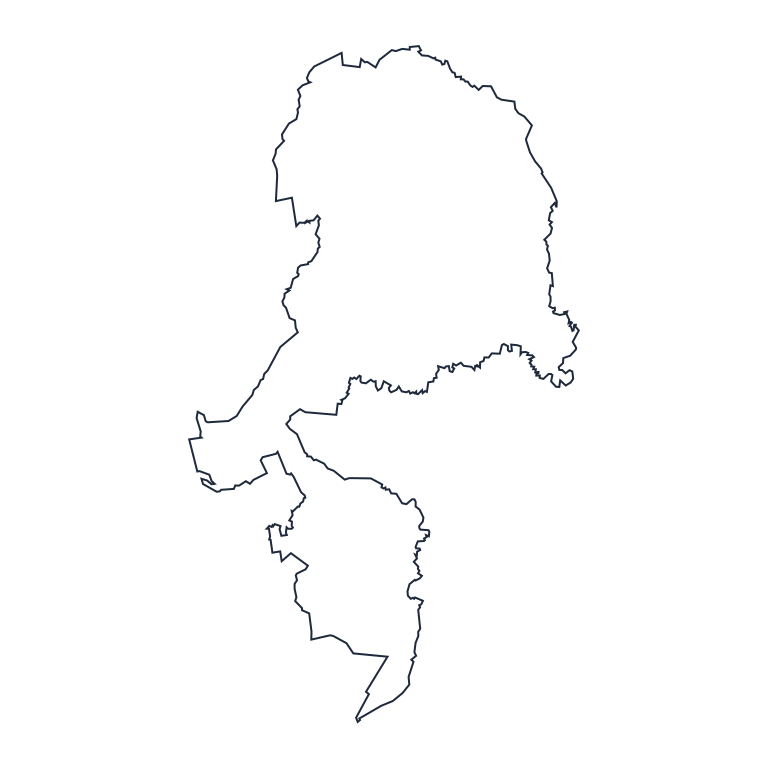 San Martín Chalchicuautla, San Luis Potosí, Mexico (Robinson projection)
{"feature_id": "50627088B19949088040088", "entity_name": "San Martín Chalchicuautla", "entity_type": "district", "adm_level": 2, "iso_a3": "MEX", "parent_name": "Mexico", "parent_adm1": "San Luis Potosí", "projection": "robinson", "projection_center": [-98.615, 21.363], "detail": "fine", "context": "isolated", "style": "outline", "palette": "slate", "viewbox_px": 768, "rotation_deg": 0, "n_neighbors": 0, "source": "geoboundaries", "source_scale": "gbopen_adm2", "svg_char_len": 6075}
<svg xmlns="http://www.w3.org/2000/svg" viewBox="0 0 768 768"><path d="M572.7,341.9L578.8,330.4L575.3,326.5L575.8,324.8L574.2,324.8L573.6,330.2L572.4,330.9L571.0,326.7L569.5,326.0L571.9,322.7L570.9,321.9L568.6,323.2L569.2,319.8L566.4,313.8L567.2,311.5L564.1,312.2L564.5,314.0L559.8,315.0L553.5,313.1L553.0,311.6L555.0,310.4L554.8,307.7L552.5,308.2L549.2,306.2L550.6,301.2L550.5,296.6L549.2,294.3L550.5,285.3L552.9,286.1L551.8,273.1L549.1,272.6L547.1,268.3L549.7,260.6L549.0,253.8L547.0,249.5L547.9,245.8L546.5,244.5L546.3,241.6L544.3,239.8L550.6,233.5L552.0,227.9L549.6,224.6L551.9,222.1L548.8,220.3L550.1,213.2L552.7,210.8L550.9,207.2L554.8,202.9L556.5,207.4L556.8,201.3L551.2,187.9L541.6,173.4L542.6,172.4L541.0,168.5L535.1,161.4L530.0,152.4L526.5,141.7L526.0,139.1L531.9,125.4L524.3,116.5L518.4,113.2L515.3,108.9L514.4,101.6L501.4,99.7L496.9,97.3L491.0,86.3L482.7,86.0L478.7,89.9L474.3,85.7L472.5,86.9L470.4,85.5L467.7,81.6L465.4,81.6L463.5,79.3L460.8,79.3L461.1,76.6L455.7,77.1L454.6,72.8L452.4,72.3L450.1,68.7L447.3,61.3L445.3,60.7L444.4,64.0L442.2,64.6L440.9,61.4L435.6,59.6L435.2,57.7L433.5,58.4L428.2,55.9L421.9,55.4L418.3,51.7L421.0,50.3L418.8,46.1L409.8,47.0L409.7,49.7L402.2,48.9L395.9,51.1L391.8,50.1L379.5,59.8L375.6,67.4L367.3,61.9L364.9,62.3L361.2,59.0L359.7,67.1L342.8,65.0L341.6,52.9L314.2,66.5L309.3,72.3L306.9,78.1L308.4,81.4L310.3,82.3L302.6,85.3L297.9,89.7L300.4,96.0L298.6,99.7L299.7,106.3L297.4,109.3L298.0,112.5L296.4,119.1L288.9,123.6L282.0,134.4L282.5,139.1L284.1,140.8L276.0,149.4L275.6,153.7L272.9,160.4L276.6,169.2L277.2,175.9L275.9,201.1L291.9,197.7L296.3,226.1L299.5,222.6L304.4,222.8L306.0,221.4L305.7,222.6L307.7,221.4L309.4,222.5L309.2,220.9L313.6,220.3L317.4,215.6L320.0,218.7L318.3,220.6L318.9,225.3L315.6,234.3L319.5,238.7L318.3,242.6L319.7,246.9L317.8,248.6L317.5,252.1L311.3,261.2L308.2,262.3L308.1,264.1L300.5,265.5L298.1,267.7L297.2,272.8L298.7,274.1L298.2,276.0L293.1,279.0L290.7,287.8L286.7,289.2L289.4,290.5L284.6,293.7L284.4,297.5L282.4,301.4L283.6,305.3L286.0,307.7L289.6,318.1L295.0,320.4L295.7,327.7L297.8,332.3L280.3,347.0L267.8,370.3L264.2,374.0L263.1,379.0L260.6,380.1L258.0,386.4L253.8,390.0L252.3,395.0L242.6,406.5L236.7,416.0L228.5,421.0L207.7,422.3L205.7,421.2L203.9,415.1L197.7,411.8L196.6,418.1L200.7,431.4L200.2,436.5L201.5,437.6L189.2,439.4L197.3,471.5L199.5,471.1L209.3,474.7L211.7,481.2L214.6,483.8L211.5,484.2L207.1,480.5L201.5,478.8L203.0,484.0L216.6,491.7L219.7,491.4L221.1,489.8L233.9,488.9L235.2,485.5L239.1,485.6L245.9,481.2L250.0,483.8L253.4,479.9L266.9,473.1L260.7,460.4L262.6,457.2L276.0,453.8L277.6,451.8L286.5,473.7L290.2,474.6L291.1,473.4L293.7,476.9L301.1,492.3L304.7,495.4L305.3,497.7L303.8,498.2L303.1,501.5L300.4,503.5L299.3,506.7L297.9,506.5L293.0,511.3L291.7,510.8L292.6,515.2L289.3,520.4L291.9,521.6L291.7,525.7L292.9,527.6L291.6,528.8L288.0,528.7L286.6,527.3L285.9,532.7L286.8,535.0L281.4,535.8L279.6,529.3L280.5,526.1L274.7,524.1L273.1,526.4L272.5,525.3L271.5,526.9L269.3,525.9L266.8,528.7L269.0,528.8L270.1,536.6L269.2,539.5L270.6,539.8L272.4,552.7L280.2,551.4L281.7,561.2L290.9,553.2L307.9,565.7L305.6,569.3L296.7,573.7L295.8,575.4L297.0,580.3L294.6,583.9L294.6,588.8L296.4,597.1L295.2,601.1L302.0,608.1L302.0,610.2L309.2,613.4L311.5,631.6L311.3,639.6L330.0,635.3L333.1,635.9L346.5,643.2L353.3,653.4L387.5,656.7L366.0,691.8L368.9,694.1L356.1,717.7L357.7,721.9L360.0,720.0L359.3,718.5L381.2,705.8L392.8,701.0L402.6,693.0L409.3,684.6L408.6,676.9L413.5,661.8L411.3,659.7L416.1,655.8L414.4,652.2L415.6,642.8L418.3,636.1L418.2,631.8L420.2,628.8L418.2,609.9L420.1,607.3L419.2,605.2L421.2,604.4L422.9,600.8L415.1,597.5L414.1,598.8L413.0,597.8L410.8,598.8L407.9,595.7L407.5,591.4L409.5,584.2L414.8,579.8L415.5,580.5L419.9,578.3L421.9,575.8L418.0,573.3L419.4,570.9L417.9,568.9L418.3,566.7L413.8,561.8L417.0,558.4L415.2,554.6L416.8,555.4L417.1,551.7L420.2,550.0L419.7,548.6L416.1,548.3L415.6,546.9L417.8,541.4L424.0,541.0L424.9,540.2L424.0,538.6L426.6,537.1L426.0,535.1L428.9,536.3L429.3,531.6L428.5,530.2L420.3,529.6L419.3,527.8L419.2,526.0L422.8,521.5L423.4,517.6L419.6,509.6L415.6,506.5L415.7,501.9L414.4,499.3L412.0,499.3L406.5,504.1L402.1,503.3L396.4,493.8L391.2,493.4L389.2,489.3L385.8,489.7L385.4,487.5L383.7,488.5L381.5,487.4L382.2,484.5L370.9,478.4L349.4,478.1L344.7,479.6L333.8,470.8L327.7,468.5L324.1,463.6L315.9,459.6L313.8,460.3L310.9,456.6L307.1,456.3L307.2,454.4L304.6,452.2L297.0,434.2L289.9,428.9L286.3,424.0L290.2,419.6L290.2,416.3L300.0,409.2L305.3,412.2L336.3,414.8L337.7,403.7L341.4,404.0L342.3,400.6L341.3,399.9L345.0,398.3L348.6,393.8L346.7,392.7L349.3,388.4L348.6,387.6L350.3,383.9L348.9,382.8L350.4,377.9L352.4,378.9L354.2,377.5L356.4,379.0L359.4,375.7L360.7,376.4L360.4,381.1L361.5,382.6L365.9,383.3L370.8,379.7L373.5,381.7L375.6,381.2L375.8,386.3L377.9,390.5L381.3,388.2L383.8,381.3L390.9,385.4L388.9,387.8L389.4,390.7L391.1,392.3L396.5,389.9L398.8,386.5L401.8,391.4L406.4,392.3L408.9,391.0L410.3,393.6L412.9,392.2L414.4,393.3L416.2,391.6L416.3,393.8L418.0,394.2L422.1,390.1L422.7,393.1L425.1,391.1L426.9,391.9L428.3,382.3L433.3,381.5L434.0,378.1L436.6,377.8L436.1,373.8L438.8,369.9L438.1,366.2L444.5,368.2L445.8,366.5L448.8,366.1L449.7,371.2L452.4,372.0L454.2,368.5L452.3,367.4L453.2,363.8L456.1,365.5L460.9,362.7L463.6,365.8L471.4,366.8L474.4,370.0L475.2,366.0L477.3,366.4L476.4,364.5L480.0,367.6L480.1,362.3L483.6,360.9L484.4,357.4L488.7,357.5L491.8,353.4L499.8,353.7L501.9,345.1L503.8,344.0L507.9,346.1L507.9,350.2L509.4,351.5L511.9,350.9L511.2,344.6L517.2,345.2L520.8,346.3L520.5,354.4L522.1,352.2L525.8,352.0L528.2,352.9L527.1,355.0L532.4,355.4L533.9,357.1L529.3,359.2L531.5,360.5L529.7,363.0L531.4,364.6L531.2,366.4L534.2,366.7L533.2,369.2L535.9,369.3L535.2,372.3L538.5,371.9L538.4,373.2L536.5,373.6L536.3,375.6L539.8,375.5L539.6,377.9L543.4,378.9L548.6,374.0L551.0,374.0L552.4,375.1L551.1,381.4L556.0,386.7L559.3,387.0L560.2,380.4L565.7,385.5L570.7,382.5L573.2,378.7L572.3,371.5L569.6,370.2L565.5,373.3L562.2,370.0L559.3,369.9L558.7,367.1L563.0,363.1L563.3,358.1L570.2,355.7L575.9,349.5L576.1,347.7L572.7,341.9Z" fill="none" stroke="#1e293b" stroke-width="2"/></svg>